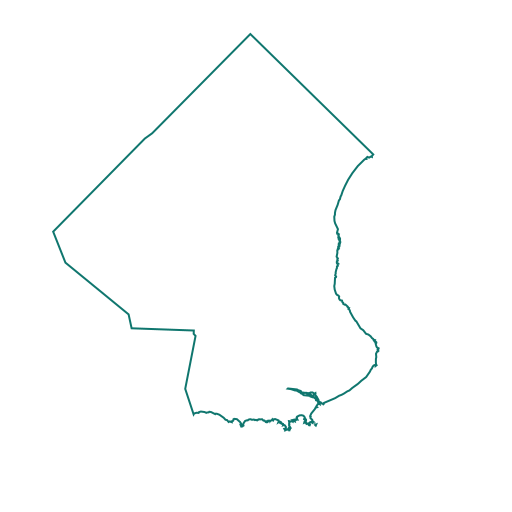 outline of Deseado, Santa Cruz, Argentina, rotated 46°
{"feature_id": "61730980B75519794586759", "entity_name": "Deseado", "entity_type": "district", "adm_level": 2, "iso_a3": "ARG", "parent_name": "Argentina", "parent_adm1": "Santa Cruz", "projection": "albers", "projection_center": [-66.461, -47.291], "detail": "fine", "context": "isolated", "style": "outline", "palette": "teal", "viewbox_px": 512, "rotation_deg": 46, "n_neighbors": 0, "source": "geoboundaries", "source_scale": "gbopen_adm2", "svg_char_len": 6142}
<svg xmlns="http://www.w3.org/2000/svg" viewBox="0 0 512 512"><g transform="rotate(46 256 256)"><path d="M92.4,105.9L95.6,245.4L94.3,254.3L97.6,385.0L128.4,397.7L209.5,388.2L221.6,395.7L266.4,352.5L268.7,354.9L271.5,355.0L302.4,399.2L326.6,410.9L326.3,409.9L327.5,407.6L329.0,406.3L328.7,405.4L329.6,403.7L332.5,401.4L334.3,400.7L334.5,400.0L335.6,398.7L335.6,397.8L337.1,396.7L341.4,395.2L341.3,394.7L342.2,393.8L344.7,392.6L349.9,391.6L352.6,391.7L353.9,390.8L356.4,391.0L356.6,390.0L358.6,388.9L357.9,388.5L358.6,387.2L358.6,386.6L357.8,385.7L358.0,384.8L360.1,383.1L364.4,382.8L366.4,383.2L367.3,384.3L368.0,383.5L368.3,383.9L368.7,383.7L368.5,384.8L368.0,384.9L368.5,385.1L369.2,384.1L369.2,383.4L369.0,383.1L368.5,383.3L369.0,382.7L368.3,382.4L367.6,380.9L367.1,378.6L367.6,377.1L368.5,376.1L368.5,375.1L369.0,374.1L369.8,373.2L371.0,372.7L372.2,371.1L373.3,370.8L373.8,369.9L375.0,369.4L374.9,368.7L375.4,368.2L375.5,367.2L376.3,366.7L377.7,365.0L379.6,365.0L380.2,364.2L382.3,364.3L383.2,363.7L383.5,363.1L383.4,362.5L382.7,362.4L383.0,361.9L382.9,361.6L384.2,360.5L384.4,360.6L384.3,360.3L384.7,360.1L384.9,358.8L385.3,358.6L384.9,357.6L386.1,357.6L385.7,356.8L386.6,355.5L389.9,354.0L391.1,354.5L391.0,355.1L391.1,355.3L391.2,354.6L391.6,354.6L391.5,354.0L392.5,353.5L393.8,353.6L394.0,353.9L393.7,354.3L394.7,354.0L395.5,353.3L395.9,353.7L396.5,353.5L396.7,354.0L397.1,353.2L398.0,352.9L399.9,353.3L400.6,354.6L400.4,355.0L399.8,354.8L400.3,355.2L400.0,355.7L400.8,355.9L400.7,355.4L401.0,355.4L400.7,355.0L400.9,354.4L401.7,354.8L402.0,354.5L402.1,354.9L402.4,354.1L403.4,353.6L402.7,353.6L402.9,353.3L402.7,352.6L403.7,353.4L403.3,352.9L403.6,352.3L403.9,353.0L404.4,353.3L404.6,353.1L403.7,352.1L404.1,351.8L403.7,351.3L403.8,350.6L400.9,349.9L400.3,349.3L400.3,349.0L399.7,348.8L398.7,346.9L398.3,347.4L397.7,347.0L399.4,345.7L399.9,344.7L400.9,344.6L400.7,344.1L400.1,344.0L400.3,343.9L400.3,343.6L399.6,343.3L399.9,342.7L400.3,342.5L400.4,342.9L401.1,342.8L401.3,343.1L401.6,343.0L401.4,342.9L401.6,342.3L400.7,341.9L400.7,341.4L401.4,341.2L401.4,340.7L402.0,340.5L401.9,340.1L402.3,339.8L401.2,339.5L400.8,338.8L400.3,338.8L400.1,338.1L400.9,335.4L402.3,333.7L403.9,332.8L405.9,333.0L406.6,333.5L406.7,334.1L406.3,334.5L406.6,334.4L406.8,334.8L407.3,334.7L406.8,334.5L407.2,333.6L408.5,333.7L409.3,334.5L408.9,336.2L409.2,336.7L409.3,336.1L409.6,336.1L409.8,336.8L410.8,335.8L411.9,336.3L412.4,335.2L414.6,335.4L415.1,335.0L414.7,334.2L413.5,334.5L413.1,333.6L413.3,333.2L413.1,332.8L413.5,331.8L415.3,331.3L415.1,331.1L415.4,331.0L415.3,330.8L414.4,330.4L414.9,329.9L413.7,330.0L412.8,329.3L410.6,329.5L409.8,328.9L409.6,328.3L408.8,328.3L407.7,325.7L407.0,320.0L406.3,318.0L406.4,317.4L407.1,317.4L407.2,317.1L406.5,317.2L406.0,316.8L405.9,316.3L406.3,316.1L405.9,316.1L405.5,314.6L405.6,314.1L406.0,313.8L404.5,313.0L404.8,312.6L405.3,312.9L406.5,312.8L405.9,312.4L405.4,312.7L404.8,312.4L403.6,312.3L401.3,312.9L400.2,312.0L399.3,312.5L398.1,312.4L397.3,313.2L394.8,314.5L394.1,314.3L389.2,318.4L387.0,318.6L386.0,319.1L385.2,318.7L384.4,319.3L380.9,320.3L379.9,321.3L376.1,323.3L373.5,325.3L373.5,325.0L380.5,319.2L381.8,318.9L384.1,317.6L386.3,317.8L387.3,316.7L387.8,316.7L389.6,314.6L390.6,314.1L391.7,312.8L392.1,311.5L393.5,310.1L394.9,309.8L395.6,310.2L396.1,310.1L395.8,309.0L395.9,308.5L396.3,308.8L396.2,310.3L397.6,309.9L398.6,310.0L398.4,310.3L399.1,310.5L399.7,310.2L402.9,311.0L404.4,312.0L406.3,311.1L408.0,311.1L409.0,310.1L409.1,310.6L409.4,310.6L409.4,310.0L408.8,309.8L408.9,309.1L413.2,297.9L414.3,293.2L415.3,290.9L416.0,288.5L416.8,284.3L417.6,282.2L417.8,278.2L418.8,271.3L418.9,266.8L419.6,260.8L418.3,254.3L417.6,252.6L417.4,250.7L416.7,249.1L416.5,247.6L416.7,246.7L417.2,245.9L417.7,245.8L418.2,246.3L418.3,245.1L417.4,245.0L415.7,243.6L413.3,241.2L412.3,239.7L409.7,237.6L408.9,235.4L408.9,234.4L409.3,234.4L409.3,233.9L407.8,233.6L407.4,232.6L407.9,232.5L407.6,231.9L405.7,232.5L404.7,232.2L402.1,230.8L402.0,230.1L401.6,230.1L402.0,229.8L401.7,229.4L401.2,229.4L401.3,229.9L400.7,230.1L400.1,229.9L399.8,229.4L399.0,229.6L398.9,229.0L397.9,229.7L397.1,229.3L395.5,229.6L393.5,229.3L390.6,229.7L388.4,230.9L383.9,230.4L380.6,231.1L372.6,229.2L371.8,229.5L367.7,228.8L361.5,227.1L360.3,226.3L358.6,226.1L358.3,225.6L358.1,226.0L357.6,225.5L356.2,225.5L356.1,225.2L353.0,225.4L352.7,226.0L351.1,226.5L350.3,225.8L349.4,226.0L347.8,225.1L346.4,226.1L345.2,226.1L343.8,225.5L342.9,224.3L341.6,224.2L340.4,224.7L338.7,224.6L334.8,222.7L332.0,220.6L330.7,218.7L326.6,214.3L326.8,213.2L326.4,212.6L324.9,212.5L323.8,210.6L323.1,210.1L321.2,207.1L321.0,206.3L319.8,205.1L320.0,204.5L319.9,203.9L319.2,203.6L318.6,202.7L318.8,202.3L318.4,202.6L318.6,202.2L318.1,202.2L317.5,202.8L317.0,202.6L315.9,201.4L316.2,200.6L316.0,200.2L314.7,199.7L314.6,198.8L312.5,198.5L310.3,195.3L308.5,193.7L307.7,192.2L308.0,191.6L307.6,191.3L308.2,191.4L308.0,190.8L306.8,190.9L306.5,190.6L306.6,190.2L306.2,189.4L306.5,189.6L306.5,189.0L306.8,189.5L306.8,189.0L305.6,189.0L304.4,187.6L305.0,186.4L304.6,185.7L304.1,185.4L303.7,185.7L302.4,185.1L302.5,184.5L301.8,184.4L302.4,184.0L301.8,183.4L301.0,183.2L300.8,183.9L300.3,183.2L299.8,183.0L299.5,183.4L298.9,182.6L298.9,183.3L298.1,181.7L297.0,181.4L296.5,182.1L295.6,181.7L293.6,178.4L287.5,176.4L285.3,175.2L282.1,172.4L281.1,170.5L279.8,169.2L278.2,166.9L275.9,161.7L273.6,157.7L273.5,156.3L271.9,153.7L271.7,152.7L269.5,148.5L267.3,143.0L265.1,136.6L263.3,129.0L262.0,120.2L261.9,111.2L262.1,109.9L262.9,109.1L262.1,108.5L262.1,107.0L263.8,106.3L264.3,104.2L265.2,103.8L264.6,103.3L264.4,101.1L92.4,105.9ZM397.1,312.3L395.9,312.2L394.8,312.9L393.2,312.9L392.1,314.0L392.2,314.8L391.9,315.2L392.5,315.4L394.5,313.5L395.7,313.7L396.0,312.9L396.1,313.2L395.8,313.5L396.1,313.5L397.1,312.7L397.1,312.3ZM419.5,330.8L419.0,329.7L418.8,330.2L418.3,330.4L418.8,330.9L419.5,330.8ZM383.3,318.4L384.1,318.6L384.6,318.1L384.1,317.9L383.3,318.4ZM401.6,312.3L401.1,311.9L400.5,312.1L401.3,312.8L401.6,312.3ZM391.0,314.6L391.0,314.0L389.8,314.8L390.4,314.9L391.0,314.6ZM382.0,319.0L383.1,318.9L382.7,318.6L382.0,319.0Z" fill="none" stroke="#0f766e" stroke-width="2"/></g></svg>